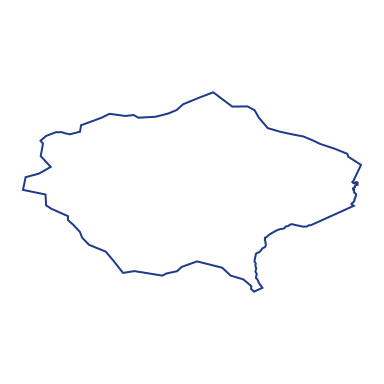 outline of Mo'st, Hovd, Mongolia
{"feature_id": "93677404B12808755317760", "entity_name": "Mo'st", "entity_type": "district", "adm_level": 2, "iso_a3": "MNG", "parent_name": "Mongolia", "parent_adm1": "Hovd", "projection": "robinson", "projection_center": [92.924, 46.687], "detail": "fine", "context": "isolated", "style": "outline", "palette": "blue", "viewbox_px": 384, "rotation_deg": 0, "n_neighbors": 0, "source": "geoboundaries", "source_scale": "gbopen_adm2", "svg_char_len": 4215}
<svg xmlns="http://www.w3.org/2000/svg" viewBox="0 0 384 384"><path d="M262.4,287.8L261.0,285.8L260.5,285.2L259.7,284.1L258.9,282.8L257.5,279.7L257.0,278.9L256.5,278.6L256.1,278.3L256.0,277.9L256.1,277.1L256.2,275.9L256.5,275.3L256.7,274.3L256.7,273.8L256.6,273.4L256.2,273.0L255.8,272.6L255.6,271.8L255.5,271.4L255.6,271.1L255.7,270.7L255.7,270.2L255.9,269.6L256.1,269.1L256.2,268.7L256.2,268.2L256.2,267.9L255.9,267.5L255.7,266.9L255.5,266.5L255.5,266.1L255.5,265.6L255.5,265.1L255.5,264.5L255.7,264.1L255.7,263.7L255.7,263.4L255.6,263.0L255.3,262.7L255.1,262.4L254.7,262.0L254.6,261.6L254.5,261.1L254.5,260.6L254.7,260.0L254.8,259.4L254.9,258.9L255.0,258.3L255.1,257.8L255.1,257.4L255.3,256.9L255.5,256.4L255.6,256.0L255.6,255.5L255.7,255.1L255.7,254.7L255.7,254.4L255.9,254.0L256.1,253.7L256.4,253.4L256.8,253.1L257.2,253.0L257.4,252.8L257.9,252.6L258.3,252.6L258.6,252.5L259.2,252.2L259.7,251.8L260.2,251.3L260.8,250.5L261.3,249.9L261.6,249.4L262.3,248.6L262.8,248.2L263.1,247.9L263.6,247.7L264.0,247.6L264.7,247.3L265.1,246.9L265.4,246.4L265.8,245.3L265.9,244.4L265.6,243.6L265.5,243.0L265.5,242.7L265.6,242.1L265.5,241.8L265.2,241.1L264.9,240.4L264.8,239.9L265.0,239.2L265.0,238.6L265.0,238.3L264.9,237.9L265.1,237.6L265.4,237.5L266.3,237.3L266.7,237.0L267.3,236.4L267.8,235.9L268.7,235.2L269.8,234.3L270.8,233.8L271.4,233.3L272.2,232.8L273.1,232.4L274.0,231.9L275.1,231.2L275.8,230.9L276.4,230.5L277.2,230.2L277.9,229.9L278.6,229.6L279.4,229.4L280.3,229.1L280.8,229.0L281.4,228.9L281.9,228.8L282.3,228.8L282.7,228.7L283.2,228.7L283.7,228.5L284.0,228.4L284.5,228.1L284.8,227.7L285.1,227.3L285.4,226.8L285.6,226.5L285.9,226.4L286.8,226.4L287.4,226.2L288.1,226.0L288.8,225.5L289.8,224.9L290.6,224.5L291.2,224.2L291.6,224.2L292.2,224.3L293.0,224.4L293.7,224.6L294.4,224.7L295.1,224.9L295.6,225.0L296.5,225.3L297.6,225.5L299.3,225.8L300.9,226.2L302.3,226.5L303.1,226.6L304.1,226.6L304.9,226.6L306.3,226.6L307.2,226.3L307.9,225.8L308.4,225.5L308.9,225.3L309.2,225.2L309.5,225.2L310.0,225.2L310.6,225.3L353.8,205.8L353.5,205.6L353.1,205.3L352.8,205.2L352.6,205.1L352.4,205.0L352.3,204.8L352.1,204.7L351.7,204.4L351.5,204.2L351.5,203.9L351.7,203.6L352.0,203.3L352.4,203.1L352.6,202.8L352.9,202.6L353.3,202.2L353.6,202.0L353.9,201.8L354.1,201.5L354.2,201.3L354.3,201.0L354.3,200.6L354.2,200.3L354.4,200.0L354.6,199.7L354.7,199.4L354.7,199.0L354.8,198.7L355.0,198.4L354.9,198.1L355.0,197.8L355.2,197.5L355.5,197.1L355.6,196.7L355.6,196.2L355.8,195.8L355.9,195.5L356.2,194.8L356.1,194.4L356.0,194.1L355.5,193.7L355.1,193.3L354.5,192.8L354.1,192.6L354.1,192.3L354.1,192.0L354.2,191.7L354.2,191.2L354.1,190.9L353.8,190.8L353.7,190.7L353.6,190.4L353.5,190.2L353.5,189.9L353.7,189.7L354.0,189.6L354.0,189.4L353.8,189.2L353.6,189.2L353.5,189.3L353.4,189.3L353.2,189.3L353.0,189.1L353.0,188.9L353.0,188.7L353.5,188.6L353.8,188.3L353.7,188.3L353.5,188.1L353.6,187.9L353.9,187.8L354.2,187.7L354.3,187.5L354.9,187.2L354.8,186.7L354.7,186.3L355.1,186.0L355.2,185.7L355.3,185.3L355.6,185.2L355.9,185.2L356.3,185.1L356.5,184.9L356.8,184.6L357.1,184.7L357.5,184.7L357.4,184.2L357.6,183.8L357.6,183.6L357.5,183.4L357.4,183.1L357.6,182.7L357.3,182.3L357.1,182.2L356.8,182.3L356.5,182.7L356.3,183.1L356.0,183.2L355.6,182.9L355.7,182.6L355.7,182.3L355.4,182.4L355.1,182.7L354.7,182.9L354.5,183.2L354.1,183.3L353.6,183.1L353.0,182.8L352.6,182.5L352.3,182.0L352.5,181.7L353.1,181.5L361.0,164.9L348.2,156.7L347.4,153.9L335.1,148.9L320.1,143.9L311.9,140.0L303.1,136.4L292.5,134.4L280.4,131.8L267.7,128.1L258.6,117.3L254.6,110.2L247.4,106.4L232.3,106.6L224.5,100.8L213.2,92.3L199.1,97.7L183.2,104.2L176.7,110.0L168.8,113.3L162.2,115.1L155.2,116.8L138.4,117.7L133.6,115.0L125.4,116.0L109.6,113.8L101.6,117.7L91.3,121.5L81.1,125.2L80.0,131.7L69.8,134.3L65.1,133.3L61.9,132.2L55.9,132.2L46.2,135.9L40.5,140.7L43.0,143.6L40.7,156.1L50.7,166.9L38.9,173.6L25.6,177.2L23.0,189.9L45.5,194.5L46.1,205.3L51.2,208.7L68.0,216.2L67.9,220.0L73.6,225.1L79.9,231.9L82.1,237.6L88.9,244.7L89.8,245.1L99.8,249.2L105.7,251.6L113.1,260.3L123.0,272.9L134.4,271.1L162.3,275.6L166.4,273.5L177.1,271.2L181.7,266.9L197.1,261.4L222.2,267.7L230.6,275.6L243.4,279.4L251.3,286.1L251.1,288.9L254.0,291.7L262.4,287.8Z" fill="none" stroke="#1e3a8a" stroke-width="2"/></svg>